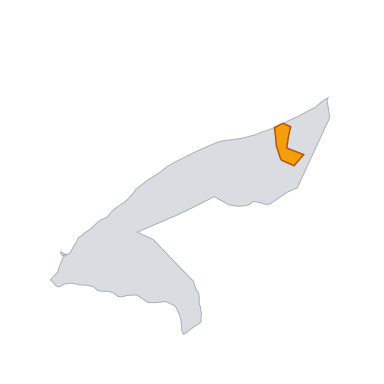 where Jubbada Dhexe sits in Somalia, rotated 205°
{"feature_id": "SOM-2315", "entity_name": "Jubbada Dhexe", "entity_type": "Region", "adm_level": 1, "iso_a3": "SOM", "parent_name": "Somalia", "parent_adm1": "", "projection": "natural_earth1", "projection_center": [42.85, 1.13], "detail": "fine", "context": "in_parent", "style": "filled", "palette": "amber", "viewbox_px": 384, "rotation_deg": 205, "n_neighbors": 0, "source": "natural_earth", "source_scale": "10m", "svg_char_len": 2698}
<svg xmlns="http://www.w3.org/2000/svg" viewBox="0 0 384 384"><g transform="rotate(205 192 192)"><path d="M108.7,333.1L108.4,332.2L106.7,329.6L103.5,324.9L101.1,321.3L98.6,317.6L98.6,314.6L98.6,305.8L98.5,288.2L98.5,270.6L98.4,253.1L98.4,244.3L98.4,240.7L98.6,240.1L101.5,236.9L105.2,232.6L110.1,224.5L112.7,220.1L115.0,216.4L115.5,215.3L117.5,213.1L121.2,211.7L123.5,211.5L131.3,209.9L132.5,209.2L133.2,208.4L133.8,206.7L135.4,204.2L137.3,202.5L141.1,200.3L144.8,198.4L145.6,198.1L150.0,196.9L151.1,196.5L152.9,196.1L153.6,196.1L159.7,196.5L164.6,196.8L169.5,197.2L170.0,196.9L173.5,192.5L179.0,185.6L182.5,181.1L187.9,174.3L192.1,169.3L196.7,163.8L201.2,158.8L206.5,152.8L209.9,149.0L215.2,143.1L220.2,137.5L224.6,132.5L218.5,132.5L212.5,132.5L206.6,132.5L205.5,131.9L200.6,130.0L194.3,127.5L186.5,124.5L181.0,122.4L175.1,120.1L169.1,117.8L164.4,116.0L158.5,113.8L153.4,111.9L152.7,111.4L149.9,108.4L146.2,104.5L145.5,104.5L143.7,103.6L142.1,101.5L140.5,98.8L139.0,95.5L138.3,93.2L136.3,92.2L135.3,90.4L133.5,87.7L132.2,86.4L131.8,85.3L131.2,83.0L130.1,80.4L129.1,78.8L128.9,78.1L129.0,77.7L130.8,74.2L131.7,73.0L132.6,71.8L133.4,70.6L133.7,69.8L135.9,65.7L137.9,62.1L139.5,59.3L143.0,62.5L146.4,69.0L150.4,74.3L155.8,79.2L158.0,80.8L159.9,81.7L169.9,81.6L177.0,77.1L183.4,73.9L185.6,73.2L189.3,74.1L193.4,74.4L197.1,75.3L199.0,75.1L206.3,71.3L210.9,67.7L214.0,66.2L215.3,66.1L219.6,67.4L225.1,66.9L232.6,63.7L235.0,63.1L236.8,63.0L240.9,64.5L241.5,64.4L243.7,64.1L249.6,62.6L254.1,60.4L262.5,58.7L268.9,54.6L270.0,52.6L271.9,50.1L274.7,49.2L281.8,52.2L283.0,52.4L282.6,54.2L282.3,56.0L280.9,59.2L280.0,62.8L280.7,68.2L281.1,77.0L280.9,78.2L280.5,79.5L280.3,80.5L279.5,80.8L279.2,81.4L279.7,81.6L282.0,80.7L281.9,79.6L282.1,79.1L283.9,80.3L285.2,80.8L285.6,81.9L285.5,82.6L283.4,82.3L282.4,81.7L279.3,82.6L277.4,83.7L276.8,85.4L276.4,92.3L275.7,96.7L275.6,102.6L273.1,106.5L272.3,109.3L268.6,114.8L266.7,119.5L266.0,121.8L262.8,128.3L258.3,133.2L256.7,139.6L255.1,143.5L253.3,147.1L249.3,153.5L247.3,158.0L244.7,165.7L244.0,170.6L236.8,184.8L229.4,196.1L224.7,205.6L216.4,216.6L205.0,230.9L190.1,247.8L186.0,251.2L169.7,261.6L159.1,270.4L153.7,276.3L148.0,281.5L143.5,286.4L129.9,303.1L128.5,304.6L127.2,306.1L125.4,308.9L124.2,310.0L121.0,314.8L119.0,317.3L116.7,319.7L115.7,321.4L115.0,323.4L114.3,324.5L112.2,329.2L110.4,332.3L108.6,334.8L108.7,333.1Z" fill="#d9dde1" stroke="#a8b0b8" stroke-width="1"/><path d="M144.5,285.4L143.5,286.5L140.2,290.7L138.4,292.8L130.2,292.9L128.4,284.4L124.8,271.9L120.7,272.1L106.6,273.1L110.6,258.9L124.3,258.7L126.4,260.2L133.3,267.7L134.7,268.9L139.9,277.9L141.4,280.2L144.4,285.3L144.5,285.4Z" fill="#f59e0b" stroke="#b45309" stroke-width="1.5"/></g></svg>